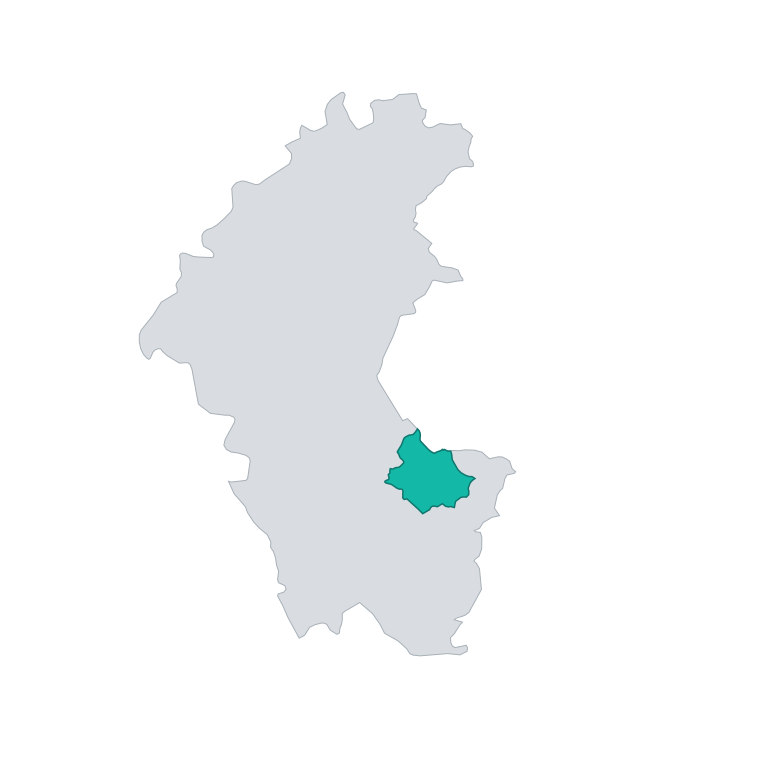 location of Kindia within Guinea, rotated 239°
{"feature_id": "GIN-5643", "entity_name": "Kindia", "entity_type": "Prefecture", "adm_level": 1, "iso_a3": "GIN", "parent_name": "Guinea", "parent_adm1": "", "projection": "orthographic", "projection_center": [-12.581, 10.091], "detail": "fine", "context": "in_parent", "style": "filled", "palette": "teal", "viewbox_px": 768, "rotation_deg": 239, "n_neighbors": 0, "source": "natural_earth", "source_scale": "10m", "svg_char_len": 5513}
<svg xmlns="http://www.w3.org/2000/svg" viewBox="0 0 768 768"><g transform="rotate(239 384 384)"><path d="M463.6,493.4L458.0,492.7L455.4,493.8L447.9,502.7L443.4,506.2L436.4,505.2L433.8,505.8L432.0,504.8L434.5,499.9L438.1,490.2L447.3,480.4L447.5,478.4L443.7,472.7L439.6,464.9L439.6,456.6L438.8,450.6L430.6,449.0L429.1,448.0L428.9,445.9L433.4,435.5L433.8,433.4L433.2,431.6L428.1,426.3L420.3,416.5L406.7,396.4L401.6,392.1L396.8,386.0L395.0,382.1L390.0,380.7L343.0,381.1L342.1,386.4L325.9,389.9L316.0,385.9L304.9,388.3L299.5,391.0L295.3,402.7L292.9,405.3L290.6,410.5L288.4,413.4L286.0,419.2L280.7,427.5L275.1,432.9L265.7,435.8L262.7,444.5L260.6,447.7L256.9,450.2L253.0,451.9L245.3,450.2L241.0,451.7L240.3,449.6L242.7,442.7L240.8,439.1L233.4,431.9L232.7,428.4L230.5,423.9L220.7,414.7L211.7,415.2L214.2,407.5L214.1,397.3L211.1,391.6L211.9,385.9L210.2,386.3L207.1,390.2L202.2,388.9L192.4,382.8L187.4,376.8L186.9,371.8L185.8,369.8L182.7,370.9L176.5,370.7L157.7,361.7L144.4,339.0L144.1,333.9L146.1,325.2L145.7,322.8L139.5,328.6L138.3,324.7L133.7,315.6L132.4,310.4L127.9,308.0L124.2,307.6L121.4,309.3L117.7,319.9L114.9,319.8L112.1,317.5L112.7,309.6L120.1,299.8L132.4,274.9L136.7,269.2L139.5,267.3L145.2,267.1L156.4,263.8L170.1,256.1L180.6,256.8L193.0,255.9L209.2,250.6L209.4,233.8L208.9,230.1L203.2,226.7L199.9,223.8L197.0,220.1L193.5,217.5L193.7,214.7L200.8,211.1L207.4,211.2L209.6,209.8L211.2,207.5L213.1,201.4L213.8,195.1L209.5,186.5L209.8,180.4L233.4,181.4L246.3,183.1L256.9,183.6L258.6,185.0L257.2,190.9L258.5,194.3L262.1,195.2L268.1,191.2L271.2,192.1L277.8,197.2L284.0,198.6L290.7,201.4L297.0,202.9L302.6,202.7L306.9,205.6L314.8,206.4L325.0,202.8L333.0,201.2L344.2,200.8L350.1,202.0L367.2,199.0L380.7,200.6L378.6,202.6L372.5,216.0L373.2,218.4L387.0,229.7L390.2,230.5L394.0,228.9L399.8,223.6L404.4,218.0L408.9,215.2L414.1,215.3L418.3,219.3L428.2,236.1L430.7,238.2L433.0,238.1L437.2,235.0L439.4,231.3L448.3,220.1L462.2,214.5L495.6,227.0L500.4,227.9L503.3,226.9L507.4,219.3L519.8,212.8L525.8,211.0L529.2,210.7L530.5,208.7L531.1,205.6L530.3,202.4L526.4,196.8L526.3,195.1L528.5,194.0L533.2,193.1L539.4,193.6L546.3,196.0L552.0,199.5L555.3,203.7L561.8,221.4L568.9,235.2L568.9,253.8L572.0,255.7L575.4,256.4L577.1,257.9L580.6,265.6L583.8,267.8L587.6,268.2L594.9,273.1L599.5,274.9L600.2,276.4L600.1,278.5L598.3,281.1L591.4,286.3L588.1,290.8L581.1,301.4L580.9,303.4L582.5,304.8L585.4,305.0L588.5,304.2L595.0,300.3L600.1,301.6L605.1,304.5L606.9,307.5L607.5,311.5L606.4,316.7L606.3,322.5L608.1,332.4L610.8,342.2L613.4,345.7L630.0,354.2L631.6,357.4L632.5,361.1L631.4,366.1L629.8,368.9L620.8,376.8L619.5,380.4L620.3,387.3L621.3,416.2L624.9,421.0L629.2,423.4L639.1,421.9L638.9,429.9L637.7,438.9L643.5,441.6L646.5,444.3L648.1,446.8L639.1,451.7L636.4,454.6L635.3,462.1L635.7,469.0L648.0,473.8L652.9,479.5L655.1,485.5L655.9,496.9L654.9,499.5L651.7,499.6L645.4,492.7L635.8,492.1L628.7,490.9L616.8,492.0L614.9,494.1L613.6,509.2L616.5,511.7L622.2,514.5L625.9,515.7L629.0,515.3L631.4,517.1L632.0,522.1L630.4,525.7L627.3,529.2L623.5,537.9L624.4,545.9L617.8,558.8L616.0,561.3L607.1,558.9L601.3,558.1L597.1,561.4L591.3,556.5L590.2,552.6L588.1,551.8L584.2,551.9L580.6,554.1L579.1,558.1L578.4,566.3L572.0,574.2L567.5,583.9L562.2,583.0L561.0,584.2L555.4,586.8L550.6,587.6L549.3,585.0L546.5,582.9L543.3,578.9L539.7,575.6L532.9,573.3L530.2,574.4L527.0,574.2L524.8,572.9L525.1,570.9L528.7,565.8L530.7,561.1L531.7,556.1L531.7,551.3L529.7,544.5L526.6,539.1L525.9,536.0L526.2,531.6L525.4,527.4L524.4,525.3L522.9,517.5L521.1,516.0L520.0,509.8L520.3,503.3L517.6,500.9L513.5,499.2L511.0,496.7L509.5,493.9L508.0,493.1L506.7,493.3L505.5,495.0L504.2,495.4L501.7,489.4L500.7,489.2L499.0,490.6L479.9,497.4L477.4,491.8L473.7,490.7L467.3,493.1L463.6,493.4Z" fill="#d9dde1" stroke="#a8b0b8" stroke-width="1"/><path d="M328.3,389.5L326.0,390.0L324.8,389.9L323.5,389.7L322.2,389.2L320.4,388.1L319.1,386.9L317.7,386.0L316.0,385.9L305.0,388.3L301.6,389.5L299.0,391.1L298.5,391.8L298.5,392.2L298.6,392.7L298.6,393.5L297.6,399.1L297.6,399.3L297.9,400.1L297.9,400.5L297.7,400.7L297.3,400.6L296.9,400.6L296.8,401.0L296.8,401.9L296.7,402.2L294.2,403.7L293.5,404.3L292.3,406.5L292.1,406.7L288.2,405.5L284.0,403.5L272.5,403.2L268.3,404.3L263.8,406.8L261.0,409.1L259.2,411.8L256.1,413.3L255.9,410.2L254.8,406.8L251.4,402.5L248.3,401.4L245.5,399.6L244.6,396.4L246.1,394.2L247.2,391.7L246.6,385.2L245.0,383.4L241.9,380.7L244.8,377.8L245.5,375.8L247.7,373.7L251.3,372.4L251.3,366.5L253.0,364.8L254.4,362.5L253.9,360.0L252.8,358.5L252.9,350.4L259.5,348.8L267.7,346.3L270.4,345.5L273.7,344.5L274.7,341.8L275.6,341.6L276.5,341.4L277.2,341.6L278.4,342.6L279.7,343.2L280.3,343.6L280.8,344.0L282.3,345.0L283.8,345.4L284.6,345.1L285.2,344.5L286.0,342.9L287.1,342.1L288.6,341.1L291.5,339.9L294.3,338.5L297.8,335.0L298.6,334.5L299.2,334.3L299.5,334.3L300.1,334.6L300.2,336.6L299.8,338.1L299.9,338.9L300.3,339.5L301.2,340.0L301.7,340.2L303.1,340.6L303.8,340.9L304.3,341.3L304.5,342.8L304.9,343.5L305.8,343.9L306.9,344.5L308.2,345.8L306.8,347.4L306.6,347.7L306.4,348.3L306.5,349.5L306.4,350.3L305.9,351.8L305.2,353.3L305.0,354.1L305.0,355.2L306.2,359.9L306.4,360.3L306.7,360.6L307.3,360.8L308.0,360.9L308.7,360.9L309.4,360.8L311.5,360.0L312.3,359.9L313.1,359.9L313.8,360.0L315.9,360.4L316.9,360.5L317.4,360.5L318.2,360.3L318.4,360.3L318.7,360.4L319.0,360.5L319.5,361.3L322.7,367.4L327.2,373.2L327.3,373.9L327.5,375.0L327.4,377.6L327.3,378.7L327.1,379.5L326.0,381.9L325.8,382.7L325.8,383.4L326.7,386.3L328.3,389.5L328.3,389.5Z" fill="#14b8a6" stroke="#0f766e" stroke-width="1.5"/></g></svg>